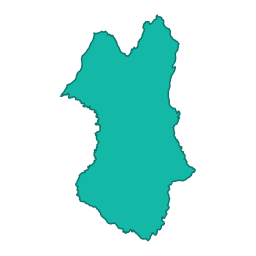 outline of Suárez, Cauca, Colombia
{"feature_id": "7082276B17294841242383", "entity_name": "Suárez", "entity_type": "district", "adm_level": 2, "iso_a3": "COL", "parent_name": "Colombia", "parent_adm1": "Cauca", "projection": "equal_earth", "projection_center": [-76.756, 2.939], "detail": "fine", "context": "isolated", "style": "filled", "palette": "teal", "viewbox_px": 256, "rotation_deg": 0, "n_neighbors": 0, "source": "geoboundaries", "source_scale": "gbopen_adm2", "svg_char_len": 5761}
<svg xmlns="http://www.w3.org/2000/svg" viewBox="0 0 256 256"><path d="M94.1,33.2L94.1,34.0L94.5,34.7L93.2,39.6L92.0,41.9L90.8,43.4L89.0,48.2L87.3,50.1L86.1,52.4L85.1,53.2L84.3,54.3L82.3,55.9L81.5,58.9L82.1,63.0L81.8,67.5L80.2,70.9L78.3,72.1L77.5,73.3L76.5,75.9L76.3,78.0L74.9,80.2L71.3,83.3L69.3,84.4L68.3,84.5L67.2,85.1L66.8,87.2L63.7,92.3L62.2,93.8L60.9,96.2L62.0,96.2L64.0,94.8L65.1,95.0L66.0,94.5L66.8,94.9L67.9,94.1L68.2,93.4L68.8,94.4L69.1,95.7L68.6,97.1L68.7,97.8L69.4,98.1L70.5,97.9L71.3,97.4L72.1,97.5L72.7,96.9L74.5,97.0L75.7,97.6L75.8,98.4L75.6,99.4L79.9,100.1L80.2,101.2L81.1,101.9L81.3,103.3L82.2,103.6L83.2,103.2L84.2,103.5L84.1,105.1L83.1,106.1L83.2,106.5L84.6,106.7L86.2,105.9L86.9,106.5L87.1,107.1L88.1,107.6L88.7,107.5L89.6,106.4L90.2,106.5L90.2,107.3L89.9,107.8L89.9,108.9L92.0,109.8L93.2,109.3L93.8,109.4L94.3,110.2L94.4,111.4L95.1,111.0L95.8,111.3L94.9,112.5L96.3,112.9L96.4,113.5L97.3,114.2L96.7,115.0L97.3,115.3L97.3,115.6L96.2,116.1L96.1,116.7L96.7,117.3L97.6,117.2L98.7,119.1L97.7,120.9L97.7,121.5L98.2,121.4L98.3,121.8L97.4,122.9L95.5,123.5L95.5,124.3L96.3,124.8L96.7,124.5L98.1,124.8L99.2,124.5L100.2,125.6L99.8,126.8L100.3,127.6L100.0,128.7L100.2,129.9L99.6,130.6L99.4,131.4L98.3,132.0L97.3,131.8L97.2,132.3L95.3,133.4L95.8,134.2L95.8,135.4L96.8,135.3L96.7,137.1L96.3,137.5L96.7,138.3L96.6,139.0L97.0,139.4L97.2,140.3L98.9,142.0L98.3,142.6L98.1,143.6L97.0,144.9L97.1,145.8L96.9,146.5L97.3,147.1L96.6,147.3L96.9,148.1L95.8,149.5L96.4,150.2L96.4,150.5L95.9,150.6L95.5,149.8L94.7,149.9L94.5,151.3L94.9,152.1L94.2,152.6L94.5,153.7L94.1,154.6L94.2,155.6L95.3,156.7L95.4,157.3L95.1,157.2L95.1,158.0L95.9,158.3L96.2,159.3L94.1,161.1L94.6,161.8L94.1,162.3L93.7,163.1L92.3,164.4L91.7,165.4L89.6,165.4L89.4,167.1L88.2,166.5L87.9,166.7L88.4,168.7L88.0,169.4L84.5,171.1L85.0,171.9L84.9,172.3L81.8,173.0L79.6,175.1L79.2,175.9L79.5,176.4L79.4,177.1L78.7,178.2L78.0,180.3L77.5,180.5L77.2,182.1L75.9,183.9L75.9,185.1L76.6,185.5L76.8,186.1L78.0,186.8L77.5,187.8L77.2,190.1L78.3,190.6L78.0,192.0L78.4,193.0L76.7,194.8L77.7,195.7L78.6,195.2L79.5,197.3L80.0,197.8L79.5,199.2L80.1,200.1L80.2,200.9L81.1,201.3L84.4,201.8L86.2,203.5L88.0,203.8L89.8,205.5L91.4,205.7L93.6,207.1L94.9,206.7L95.8,207.0L96.9,208.8L98.7,210.1L99.1,211.5L100.4,212.6L100.7,214.5L101.8,216.3L106.0,219.7L106.7,221.1L108.4,223.2L109.3,223.3L110.4,223.9L111.0,223.9L111.9,223.2L113.3,223.5L114.6,223.2L115.6,223.7L118.6,228.0L120.1,228.6L121.5,228.6L123.1,229.2L123.3,230.0L123.0,231.1L123.1,231.8L123.5,232.0L123.9,231.6L124.6,231.6L125.0,232.7L125.5,233.2L125.9,233.1L126.4,232.0L127.6,232.5L128.8,231.9L129.7,230.9L130.1,229.7L130.4,229.4L130.8,229.5L131.7,231.4L132.2,231.7L132.7,231.6L132.7,230.7L133.2,230.4L134.1,231.0L134.4,231.6L135.2,231.9L135.5,232.9L136.3,232.7L137.5,234.5L138.5,234.8L139.1,236.1L140.0,236.6L140.2,237.5L140.9,238.1L142.8,239.0L146.3,238.8L147.8,240.5L148.2,240.6L150.0,238.4L150.5,236.3L151.9,234.2L152.2,232.9L153.1,233.1L154.9,234.9L155.7,235.0L157.0,232.9L157.4,229.8L158.1,229.4L159.5,229.7L160.3,229.3L161.1,227.8L161.5,225.4L163.4,224.8L164.3,223.7L164.2,222.9L163.5,221.7L161.9,220.4L161.9,217.6L162.2,217.1L163.3,218.3L164.4,218.1L166.8,213.7L166.7,213.1L165.8,212.0L165.7,211.2L167.2,210.3L169.1,207.8L168.9,207.0L167.8,205.4L169.6,198.6L168.8,196.7L168.8,195.2L167.7,193.1L168.0,190.9L169.4,189.8L169.6,189.1L169.2,187.1L168.4,186.4L168.6,186.0L169.8,184.9L171.2,184.4L171.7,183.4L172.0,181.9L172.8,181.4L175.3,181.2L176.1,180.7L177.4,180.7L178.6,180.2L182.9,180.8L186.2,179.3L187.2,178.0L189.3,177.1L191.3,175.3L191.9,173.2L192.8,172.3L194.2,172.1L195.1,170.4L194.7,169.1L193.7,168.8L192.3,167.4L189.2,166.6L187.8,164.7L186.6,163.8L186.4,162.4L186.8,162.3L186.9,161.8L185.8,160.4L185.6,159.2L184.4,158.7L184.9,156.9L184.8,154.8L183.2,153.5L183.4,151.9L181.7,151.5L180.6,149.0L181.7,148.4L181.7,147.0L181.3,146.7L180.2,146.9L179.8,146.5L179.0,145.2L178.8,143.1L178.2,141.4L177.2,141.6L177.0,139.7L176.0,139.5L175.7,139.0L175.4,137.6L174.3,136.3L174.1,135.3L174.5,132.7L174.1,131.9L173.7,128.9L173.0,127.4L173.9,126.8L174.5,125.1L175.9,124.2L176.7,124.1L177.0,122.9L178.2,121.3L178.3,119.9L179.2,118.2L179.4,117.3L178.9,117.1L177.8,117.7L177.6,117.0L178.4,115.9L179.5,115.1L179.9,113.4L179.4,112.0L178.6,111.2L178.2,111.5L177.6,113.5L176.7,113.3L176.6,111.8L175.9,110.9L175.0,108.5L172.5,108.2L170.3,106.1L169.6,105.2L169.4,104.1L169.1,103.6L169.3,100.9L168.7,99.0L168.3,96.6L168.3,92.7L168.4,90.9L170.0,86.2L169.6,83.9L169.7,82.8L171.3,76.1L174.3,71.0L175.3,68.0L175.2,67.0L174.9,66.7L173.6,67.5L172.7,67.7L172.4,67.3L172.3,66.3L175.2,61.3L175.6,58.6L175.3,53.6L176.1,51.9L177.5,50.4L178.1,47.7L178.2,45.7L178.9,43.8L177.8,42.9L177.6,42.1L176.8,41.3L176.1,41.3L175.5,40.9L175.2,40.3L173.0,39.3L171.9,37.3L170.7,36.3L170.2,34.2L170.2,31.2L169.8,30.1L169.0,28.9L166.3,27.8L164.2,25.7L163.9,24.2L163.4,23.4L163.7,21.2L163.2,20.0L161.7,19.0L161.4,17.6L160.0,16.9L158.7,16.9L158.0,16.5L157.2,15.4L156.4,16.1L156.2,16.8L156.8,18.1L156.6,19.2L155.7,19.2L154.4,19.8L151.6,23.5L149.9,24.2L149.1,22.1L148.1,21.6L146.3,21.7L145.3,22.1L145.3,23.4L144.7,23.3L144.0,23.9L143.6,24.8L143.7,25.7L143.1,26.5L143.2,27.8L144.2,29.0L144.0,31.4L143.3,32.2L143.1,33.8L142.3,34.6L142.3,35.7L141.3,38.4L139.7,39.8L139.7,40.3L139.3,40.6L139.1,41.3L138.4,41.8L138.7,42.1L138.1,44.0L138.0,46.7L137.4,46.8L137.3,47.6L135.5,48.6L135.0,48.5L134.6,47.6L134.1,47.4L133.5,48.9L131.6,49.4L131.5,49.8L131.9,50.6L131.0,51.4L130.9,53.1L128.0,56.4L127.0,55.8L125.9,55.9L124.7,53.6L122.4,53.3L120.4,51.4L119.0,47.8L117.4,45.3L116.3,41.3L115.3,40.1L115.1,39.2L113.3,37.0L112.8,35.6L111.8,35.6L111.1,36.2L110.4,35.0L109.2,34.4L107.9,34.9L107.5,33.4L105.6,31.4L103.7,32.2L101.7,31.4L99.0,33.0L97.8,33.0L96.6,33.6L94.1,33.2Z" fill="#14b8a6" stroke="#0f766e" stroke-width="1.5"/></svg>